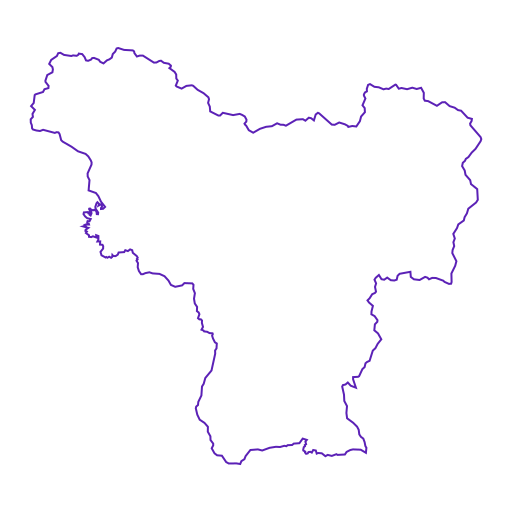 the district of Chaloem Phra Kiat, Nan, Thailand
{"feature_id": "78962969B24937809655740", "entity_name": "Chaloem Phra Kiat", "entity_type": "district", "adm_level": 2, "iso_a3": "THA", "parent_name": "Thailand", "parent_adm1": "Nan", "projection": "mercator", "projection_center": [101.099, 19.489], "detail": "fine", "context": "isolated", "style": "outline", "palette": "violet", "viewbox_px": 512, "rotation_deg": 0, "n_neighbors": 0, "source": "geoboundaries", "source_scale": "gbopen_adm2", "svg_char_len": 5919}
<svg xmlns="http://www.w3.org/2000/svg" viewBox="0 0 512 512"><path d="M365.9,452.8L366.4,447.8L365.4,446.1L364.6,442.1L363.3,438.6L360.9,436.8L359.3,434.4L358.7,429.8L357.1,426.7L353.2,422.8L347.1,418.3L346.4,413.0L347.0,406.1L344.3,401.0L344.0,394.7L342.2,386.6L342.9,385.1L345.5,384.5L347.8,382.5L350.7,385.7L355.9,387.7L353.1,379.3L353.1,377.1L358.1,376.8L359.1,376.2L362.4,369.1L364.6,367.1L365.5,363.3L367.0,362.0L369.6,360.8L372.8,350.6L375.4,348.2L377.7,343.8L381.3,339.3L378.0,333.4L374.3,330.3L374.9,324.3L377.3,321.8L377.5,320.2L374.6,316.1L371.4,314.3L371.5,311.5L372.9,305.9L369.0,302.5L367.5,300.4L369.6,298.3L372.2,294.2L374.9,293.0L376.0,291.7L375.0,286.9L376.1,283.4L374.5,279.7L375.7,277.8L378.9,275.0L381.5,279.2L384.2,279.7L387.2,277.6L390.8,280.2L394.3,280.5L396.7,279.7L397.6,275.8L399.6,273.8L410.4,271.8L410.8,276.9L413.9,279.3L419.6,280.0L425.1,276.9L427.5,277.7L429.0,279.3L432.2,277.9L435.9,278.0L443.3,280.7L444.5,281.9L449.0,283.9L451.1,283.7L451.6,282.0L451.4,273.5L455.2,265.8L456.4,261.2L452.3,253.1L452.6,250.0L454.2,246.1L453.4,242.2L454.8,238.5L453.3,233.9L457.0,228.1L458.3,224.4L463.8,220.5L464.6,217.2L466.9,213.4L468.3,208.7L476.1,202.5L477.8,199.8L477.2,189.1L471.0,184.1L470.2,180.2L465.5,174.8L464.7,170.5L462.1,166.1L462.8,162.8L465.0,160.8L465.8,158.9L468.4,157.1L471.7,152.6L475.5,148.9L480.6,141.2L481.3,139.1L480.6,137.1L470.4,125.3L470.1,123.6L471.6,121.0L471.9,118.9L467.6,117.7L461.1,110.7L458.0,110.1L454.7,107.7L449.6,106.1L445.1,102.2L442.1,102.3L436.9,105.8L428.1,101.1L424.8,100.7L423.7,98.5L423.8,92.8L421.1,87.8L416.7,89.0L412.3,87.7L407.1,89.2L401.5,88.0L398.8,88.7L396.1,84.8L395.4,84.6L388.7,89.0L386.2,88.6L383.5,89.3L378.8,87.3L374.4,86.8L370.0,84.1L368.1,84.9L366.8,88.8L366.9,91.4L365.0,92.4L363.9,94.4L363.9,95.6L365.4,98.5L362.5,105.3L364.7,108.1L364.9,112.2L361.1,116.5L359.9,121.2L356.3,126.5L352.3,126.0L348.3,126.9L347.8,125.9L344.9,124.3L339.2,122.5L334.7,124.8L331.8,124.6L319.2,113.4L317.9,112.8L315.7,114.5L313.9,120.4L311.1,118.2L308.8,117.7L305.4,120.7L302.9,119.2L296.4,119.6L285.9,125.7L283.6,124.8L280.5,124.7L277.1,123.3L271.9,126.2L266.1,126.8L260.0,128.8L253.2,132.7L248.8,130.2L246.2,125.7L244.9,124.5L244.5,123.6L246.3,121.6L246.5,119.7L244.8,116.5L242.1,114.9L239.7,113.9L233.1,115.1L222.8,112.8L220.1,115.5L218.3,115.5L210.2,111.4L209.8,106.6L208.1,102.9L209.0,99.2L208.4,97.3L203.6,93.2L197.6,89.8L193.2,85.8L191.8,85.3L186.4,85.9L181.6,88.6L176.6,86.5L175.8,85.6L177.8,80.6L176.3,78.5L176.2,74.5L174.6,71.9L169.4,68.1L170.8,66.7L170.9,65.6L168.7,63.7L163.8,62.8L161.0,60.7L159.2,61.0L156.4,62.5L153.9,62.6L142.9,55.6L139.7,55.6L136.9,56.5L134.4,53.1L134.1,51.4L132.8,50.4L124.0,49.9L118.2,48.0L116.6,48.5L115.2,51.6L112.8,54.0L111.8,57.6L109.3,59.4L107.0,60.3L103.5,63.4L100.2,61.8L98.8,59.8L94.0,57.9L92.2,58.1L91.0,59.6L88.1,60.8L86.0,60.4L84.6,57.1L82.2,54.1L78.8,53.6L78.4,54.7L76.7,55.8L73.1,55.4L71.3,56.0L64.0,54.9L60.4,52.8L58.2,53.2L56.9,56.0L51.2,59.9L49.2,63.9L52.4,67.1L52.9,69.4L52.4,72.3L47.3,75.0L45.4,80.7L45.5,81.9L48.6,85.9L48.4,88.1L44.5,89.2L43.0,92.0L35.4,94.4L34.7,95.1L33.7,103.0L31.1,106.1L34.9,109.9L32.5,113.9L32.9,116.9L30.7,119.3L30.8,122.7L31.8,125.1L32.1,128.4L33.0,129.5L36.4,130.5L40.0,131.0L43.1,129.8L54.8,132.9L56.6,132.2L58.5,132.4L59.6,134.1L61.2,140.2L62.8,141.7L71.5,146.7L78.0,151.3L85.6,153.9L88.3,156.4L90.8,160.4L91.6,162.4L91.5,164.6L87.6,173.4L87.7,176.5L89.5,180.1L88.6,190.4L95.9,193.0L98.4,196.2L101.0,201.7L105.1,206.9L103.1,208.8L101.0,209.0L101.0,208.0L102.0,206.8L101.7,205.1L100.7,204.4L98.5,205.6L99.1,203.9L97.4,202.2L96.5,203.3L95.3,207.0L95.8,209.0L98.2,212.6L98.0,214.2L96.8,214.1L96.4,211.2L94.2,209.8L93.2,210.3L91.2,209.7L90.0,208.5L89.2,208.7L89.2,209.5L91.2,211.4L91.5,213.3L90.6,215.5L89.5,214.7L89.5,211.9L88.2,213.0L87.7,212.1L83.9,212.4L83.5,214.1L85.1,216.4L87.2,218.2L90.7,219.0L89.5,221.3L87.6,221.1L87.2,222.3L87.3,223.2L88.8,223.8L89.0,224.5L85.6,224.5L84.6,225.0L85.3,225.8L83.1,226.4L88.3,227.9L85.6,229.8L85.4,230.9L86.9,231.6L85.9,233.0L89.0,235.3L89.0,236.8L91.3,237.1L92.9,236.3L96.4,237.5L96.2,235.2L98.4,236.0L98.4,239.4L97.4,241.5L100.2,241.4L100.0,244.6L102.5,244.8L103.2,246.2L103.1,248.6L100.5,251.9L101.5,255.3L105.6,257.5L106.3,257.0L107.4,257.7L109.2,256.7L111.1,257.8L112.2,256.9L112.4,255.0L113.3,256.0L115.6,256.1L117.8,254.6L118.6,252.5L124.2,252.1L125.3,250.2L127.9,251.1L130.1,249.4L132.2,250.2L132.8,252.8L136.8,256.1L137.7,257.7L136.9,258.9L137.5,259.5L136.5,260.7L138.0,263.1L137.7,267.2L138.9,271.0L141.1,274.2L142.9,274.2L145.4,273.1L149.4,272.3L152.6,273.4L159.5,273.9L164.5,276.2L168.5,280.6L170.9,284.9L175.2,286.8L182.1,285.4L184.4,283.1L192.3,283.4L193.5,284.8L193.2,288.9L194.9,293.2L194.0,298.7L194.8,303.5L197.1,306.9L196.9,311.1L198.7,312.5L199.4,314.2L198.0,318.2L199.4,319.4L200.8,319.3L202.0,320.5L201.9,323.0L203.0,326.9L201.5,329.7L203.5,330.5L204.1,331.4L207.2,331.8L209.5,333.1L212.5,333.3L212.8,334.1L212.1,335.7L213.0,338.5L214.9,342.3L216.8,343.5L216.5,348.4L215.1,350.5L215.2,353.7L211.5,370.5L205.3,378.0L203.7,383.8L202.0,386.5L201.4,395.5L198.3,401.9L198.0,405.0L196.2,406.6L195.8,408.3L197.3,414.7L199.7,419.7L204.5,422.9L207.9,426.8L207.8,431.7L210.4,436.3L210.5,440.0L213.2,443.6L213.2,445.4L211.7,448.3L214.5,453.3L217.1,455.3L221.9,455.7L226.2,462.1L228.8,463.5L236.4,463.4L240.2,464.0L241.4,461.1L244.4,459.2L245.6,456.1L250.4,450.0L257.9,449.4L262.2,450.5L269.6,447.8L275.9,446.8L280.1,447.0L284.3,445.8L286.4,446.2L287.6,445.2L292.1,445.0L293.8,443.6L299.4,443.2L302.7,438.6L306.8,439.9L305.4,441.7L306.1,444.2L304.8,445.0L305.0,446.2L303.8,447.1L303.2,449.7L303.3,450.5L305.2,451.6L305.0,452.5L306.1,453.8L307.7,453.4L308.5,452.1L310.4,451.8L311.8,452.6L313.2,450.0L315.8,450.5L316.7,453.6L318.1,453.0L321.8,453.3L325.4,456.2L327.7,454.9L331.8,455.9L336.4,454.2L337.5,454.9L344.9,454.5L346.6,451.9L350.3,450.0L353.0,449.4L360.7,449.7L365.9,452.8Z" fill="none" stroke="#5b21b6" stroke-width="2"/></svg>